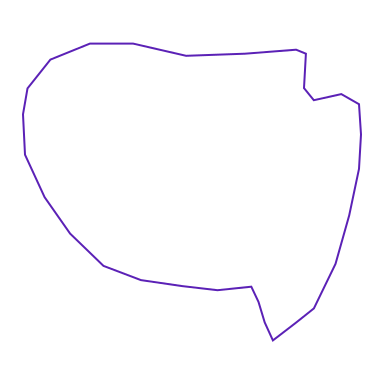 SVG path tracing the border of Niamey
{"feature_id": "NER-94", "entity_name": "Niamey", "entity_type": "Capital District", "adm_level": 1, "iso_a3": "NER", "parent_name": "Niger", "parent_adm1": "", "projection": "albers", "projection_center": [2.146, 13.496], "detail": "fine", "context": "isolated", "style": "outline", "palette": "violet", "viewbox_px": 384, "rotation_deg": 0, "n_neighbors": 0, "source": "natural_earth", "source_scale": "10m", "svg_char_len": 481}
<svg xmlns="http://www.w3.org/2000/svg" viewBox="0 0 384 384"><path d="M133.1,43.6L186.1,55.8L245.0,53.7L296.1,49.7L305.9,53.7L304.0,88.1L313.8,100.2L341.3,94.1L359.0,104.2L361.0,134.5L359.0,168.9L349.2,215.4L335.5,263.9L313.9,308.4L296.2,322.5L272.9,340.4L264.7,322.4L258.5,301.9L251.3,286.7L217.5,290.2L182.2,286.1L140.9,280.1L103.5,265.9L70.1,233.6L44.6,197.2L25.0,154.7L23.0,114.3L27.5,88.4L50.4,59.6L89.9,43.6L133.1,43.6Z" fill="none" stroke="#5b21b6" stroke-width="2"/></svg>